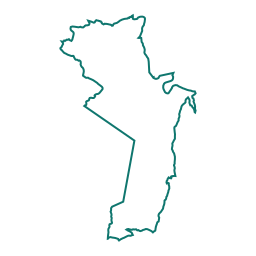 San Lorenzo Victoria, Oaxaca, Mexico (Natural Earth projection)
{"feature_id": "50627088B509896557261", "entity_name": "San Lorenzo Victoria", "entity_type": "district", "adm_level": 2, "iso_a3": "MEX", "parent_name": "Mexico", "parent_adm1": "Oaxaca", "projection": "natural_earth1", "projection_center": [-98.123, 17.625], "detail": "fine", "context": "isolated", "style": "outline", "palette": "teal", "viewbox_px": 256, "rotation_deg": 0, "n_neighbors": 0, "source": "geoboundaries", "source_scale": "gbopen_adm2", "svg_char_len": 5718}
<svg xmlns="http://www.w3.org/2000/svg" viewBox="0 0 256 256"><path d="M132.8,15.4L131.6,16.1L131.1,17.0L130.0,17.0L129.8,17.1L129.3,17.9L128.4,17.7L127.7,18.5L124.4,18.9L122.1,19.6L119.7,20.8L118.7,21.7L116.9,22.9L115.5,23.3L114.2,23.6L113.5,24.3L112.9,25.1L112.9,25.5L112.4,25.7L112.0,25.8L111.8,25.6L111.5,25.1L111.2,24.9L110.5,24.8L110.1,24.5L109.5,24.5L107.9,24.1L106.5,23.9L106.0,23.8L105.6,23.9L105.2,23.9L104.8,23.7L103.6,24.4L102.2,23.6L101.8,23.2L101.7,22.4L101.3,22.2L100.7,21.3L100.0,21.3L99.6,21.0L98.8,20.9L97.8,20.5L96.8,20.5L96.4,20.2L96.1,20.3L95.8,20.6L95.0,21.6L94.8,22.3L93.9,22.7L90.9,21.5L88.2,20.7L88.9,22.1L89.3,22.6L89.5,23.2L89.3,24.1L89.1,24.7L88.3,25.1L87.4,25.3L85.9,25.3L84.8,25.9L84.6,26.3L83.2,27.4L82.4,27.4L81.1,27.2L80.6,26.8L78.5,27.3L74.5,26.7L72.4,26.5L70.8,27.0L70.5,28.4L70.7,29.7L71.4,30.6L72.8,31.7L73.4,32.3L73.7,33.2L73.6,34.4L73.0,37.0L72.8,37.6L72.5,38.9L72.2,39.8L71.4,40.9L69.4,40.0L68.9,39.2L67.6,39.8L66.6,39.7L65.3,40.8L64.2,40.5L63.7,41.4L62.6,41.6L61.8,41.5L62.8,42.8L63.1,44.0L62.2,45.5L61.6,47.0L60.5,47.9L60.4,48.7L61.3,49.9L61.9,50.2L62.5,51.1L64.3,53.0L65.6,53.5L67.7,54.7L71.1,55.9L71.5,56.0L72.4,56.0L73.0,55.8L73.6,56.1L74.1,57.3L75.0,59.0L75.7,59.7L77.3,59.8L78.6,60.7L79.2,60.4L79.8,60.7L80.4,61.2L80.7,61.8L80.8,63.3L80.6,64.5L81.1,65.9L81.9,67.1L82.6,67.6L83.2,68.5L83.7,69.9L83.8,71.5L83.5,73.2L83.0,75.3L83.2,75.9L83.7,76.3L84.4,76.5L85.0,77.1L85.6,77.6L86.4,77.8L88.0,77.7L88.9,78.3L91.3,79.3L93.2,80.2L97.3,83.0L98.1,83.9L100.0,85.3L101.3,86.3L101.9,86.8L102.5,87.7L102.6,88.5L102.5,89.2L100.5,91.7L99.3,93.1L98.3,93.8L97.4,94.0L96.6,94.1L95.8,94.4L95.0,94.9L94.6,95.4L95.1,96.2L94.5,97.3L93.7,98.0L92.2,98.0L91.0,97.7L89.7,98.0L89.2,99.0L89.1,99.8L88.7,100.4L86.7,101.2L86.2,101.7L86.2,102.7L86.4,104.0L86.2,104.9L85.6,105.5L84.9,105.4L84.3,106.0L134.4,140.6L123.2,201.7L112.1,206.7L111.1,208.2L111.1,209.9L111.0,210.8L110.6,211.6L111.1,213.1L111.4,213.8L111.5,214.4L111.5,215.3L111.2,216.3L111.3,217.1L111.7,217.8L111.7,218.1L111.4,220.0L111.6,221.3L111.9,222.2L112.0,222.8L111.8,223.3L111.3,223.6L110.7,223.9L110.2,223.9L109.5,224.4L109.3,225.4L109.5,226.2L109.5,226.9L108.4,228.9L108.3,229.8L108.3,231.0L108.5,232.1L108.3,233.5L108.0,235.8L107.8,238.7L108.1,238.6L108.4,238.0L109.3,237.4L110.4,237.1L112.6,237.6L113.6,237.7L115.3,238.0L118.1,238.9L118.7,240.2L119.0,240.5L120.5,239.4L121.0,239.1L121.4,239.0L122.4,238.4L124.0,237.8L127.1,236.2L128.3,235.7L129.2,235.6L129.9,235.8L130.9,235.7L131.6,235.3L132.8,235.0L131.7,232.7L130.9,232.1L129.4,231.2L127.4,230.3L127.1,229.9L126.5,229.6L127.1,229.2L128.5,229.0L129.6,229.4L131.7,229.8L132.5,229.6L133.0,229.3L134.5,229.5L136.1,229.3L137.2,230.3L137.8,230.3L138.4,230.1L139.4,230.8L140.3,231.1L141.8,230.7L142.9,230.0L144.4,229.6L145.9,229.0L147.4,229.2L148.8,229.8L150.9,230.8L151.7,231.3L152.9,232.4L154.1,231.3L155.2,230.7L155.4,230.0L155.7,227.7L155.9,227.0L155.9,226.5L156.3,225.6L156.6,224.5L156.9,223.9L157.1,222.9L157.5,222.1L158.6,221.5L159.0,219.0L159.2,217.6L158.6,216.4L158.5,215.2L158.9,214.0L159.9,212.8L160.9,211.9L161.6,210.8L163.0,208.7L163.2,207.7L163.4,206.4L163.8,205.5L164.3,203.9L164.5,202.0L164.5,200.7L164.8,200.2L165.5,199.8L166.1,198.8L166.4,196.8L167.1,195.9L167.4,194.5L168.3,191.9L168.4,190.8L169.3,188.5L169.2,186.1L168.7,184.9L168.8,184.2L168.8,183.3L168.1,182.9L167.5,182.8L166.9,183.4L166.5,182.7L166.7,181.0L167.2,180.4L167.6,179.4L167.6,179.0L168.6,177.5L169.1,177.9L169.6,178.1L171.2,178.3L171.6,177.0L171.1,176.7L171.4,176.3L172.3,176.2L173.0,176.0L173.7,176.1L174.4,175.9L175.4,176.0L174.6,172.2L174.4,170.7L174.4,170.0L174.8,168.2L174.4,166.3L174.0,165.6L174.0,165.0L174.4,164.3L174.7,163.4L174.6,162.4L174.9,159.3L174.9,156.7L174.1,153.4L173.0,151.7L172.8,151.2L172.8,150.7L171.9,149.2L172.0,148.1L172.5,145.7L172.5,144.8L172.3,143.8L172.4,143.3L172.9,142.5L173.9,140.4L174.9,138.8L174.9,136.2L175.0,134.3L174.7,132.1L174.3,128.0L174.5,127.1L175.1,126.5L175.9,126.0L176.6,124.6L177.5,122.3L178.6,120.5L178.6,118.7L179.3,117.2L179.5,115.9L179.2,114.5L179.3,113.6L179.7,112.8L179.8,112.0L180.2,110.6L180.9,109.2L181.5,106.5L182.0,105.6L183.3,104.2L184.3,103.5L184.9,103.0L185.5,102.3L185.5,100.8L185.7,100.0L186.0,99.3L187.0,98.4L188.0,97.4L189.3,99.4L189.6,100.5L189.4,102.8L190.3,105.3L191.0,105.3L191.7,105.7L192.5,107.3L193.2,107.9L193.5,108.4L194.0,109.2L194.3,110.2L194.7,112.2L195.1,112.5L195.6,110.5L195.2,109.5L195.0,108.6L195.0,107.7L195.1,106.6L194.8,104.9L193.5,101.5L193.9,100.5L193.7,99.5L193.4,98.5L192.5,97.9L192.2,96.6L192.3,95.9L193.0,95.5L193.9,94.8L194.6,94.5L195.6,93.3L194.8,91.4L193.2,91.4L192.3,91.2L190.8,90.6L189.2,90.4L187.0,89.8L183.9,88.6L183.1,88.4L182.1,87.9L180.6,87.2L178.8,86.4L177.2,85.3L175.5,85.1L174.0,85.5L173.0,86.0L172.0,87.4L171.8,88.4L171.4,88.8L170.8,89.9L170.3,90.5L168.5,93.2L167.8,93.4L166.3,93.1L165.0,92.1L163.5,89.0L163.2,87.6L163.3,85.5L163.8,84.5L164.0,83.8L164.9,82.9L166.1,82.4L170.7,81.0L171.7,80.5L172.4,79.9L172.9,79.0L173.1,77.8L173.1,76.6L172.4,75.2L173.4,72.9L159.9,75.8L159.4,76.3L158.4,78.1L156.7,78.8L155.4,78.8L153.6,78.0L153.6,77.1L153.0,77.3L149.3,72.4L148.7,61.7L148.2,58.6L147.6,57.7L147.1,57.1L146.1,55.3L145.4,54.5L145.0,54.0L144.7,53.5L144.4,52.5L144.4,52.2L144.6,51.2L144.7,50.2L144.7,49.4L144.1,47.4L143.3,45.9L143.1,45.7L142.9,45.0L142.9,44.0L142.7,43.4L141.7,42.0L141.5,40.8L141.4,39.3L141.2,37.9L140.5,37.8L140.0,37.8L139.0,38.0L138.5,37.9L139.9,36.5L142.2,30.9L142.1,29.4L142.1,28.2L142.7,26.6L143.8,25.3L144.1,23.7L144.6,22.1L145.0,18.9L144.8,18.0L144.3,17.4L143.6,17.0L142.8,16.7L142.0,16.6L141.6,16.7L140.7,16.7L140.0,16.8L138.2,17.5L137.7,18.0L137.4,18.6L136.8,19.0L134.1,19.3L132.9,18.8L132.8,17.8L132.9,16.3L132.8,15.4Z" fill="none" stroke="#0f766e" stroke-width="2"/></svg>